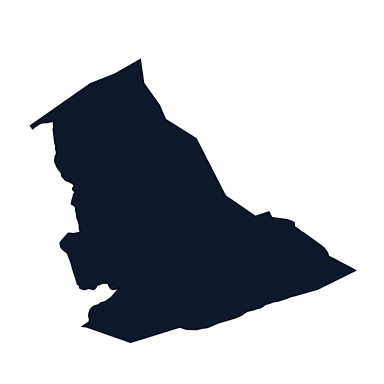 San Pedro Jocotipac, Oaxaca, Mexico, rotated 261°
{"feature_id": "50627088B2588264946725", "entity_name": "San Pedro Jocotipac", "entity_type": "district", "adm_level": 2, "iso_a3": "MEX", "parent_name": "Mexico", "parent_adm1": "Oaxaca", "projection": "mercator", "projection_center": [-97.075, 17.749], "detail": "fine", "context": "isolated", "style": "filled", "palette": "ink", "viewbox_px": 384, "rotation_deg": 261, "n_neighbors": 0, "source": "geoboundaries", "source_scale": "gbopen_adm2", "svg_char_len": 2030}
<svg xmlns="http://www.w3.org/2000/svg" viewBox="0 0 384 384"><g transform="rotate(261 192 192)"><path d="M53.2,107.8L60.6,158.9L57.4,164.8L55.5,174.8L55.9,180.7L55.8,185.7L56.2,187.9L58.0,194.7L58.7,197.6L59.8,206.3L61.0,215.4L62.7,221.6L65.6,227.6L66.2,235.2L67.0,238.9L66.8,240.7L68.1,244.2L69.5,246.7L70.2,252.0L70.8,254.6L70.9,260.2L71.8,266.3L72.8,271.1L73.3,273.4L73.6,277.8L73.7,278.1L73.7,278.4L76.5,301.0L89.0,341.1L107.2,316.8L111.0,316.2L115.6,313.9L120.4,309.5L134.0,295.9L135.8,293.4L138.2,291.5L141.8,287.6L145.7,288.0L147.2,286.1L149.6,281.9L153.9,267.5L154.5,266.6L160.2,264.8L157.9,250.7L183.0,224.3L243.9,204.4L258.1,188.2L267.8,177.1L283.0,173.2L293.5,167.9L307.0,161.2L330.8,161.6L320.5,134.4L314.8,108.7L282.7,42.9L279.4,44.6L280.8,46.6L281.9,49.1L283.1,51.6L283.7,54.0L283.8,56.9L283.2,59.3L283.6,62.8L283.7,65.2L282.7,66.0L281.2,66.0L279.6,65.8L278.1,65.6L275.3,64.7L273.0,64.7L265.4,64.4L261.1,64.3L258.1,64.8L256.8,64.1L255.0,64.2L252.8,64.6L250.5,64.0L249.3,62.9L246.9,62.0L243.5,61.2L241.0,61.8L237.3,62.7L234.3,64.3L231.1,66.0L228.1,65.9L225.8,67.4L223.3,69.0L221.9,71.5L219.1,75.4L217.1,76.7L215.7,76.2L214.4,74.8L213.1,74.6L211.7,75.5L210.9,76.3L209.8,76.5L208.1,74.7L205.2,73.7L202.7,72.3L198.8,71.1L197.6,72.8L196.2,74.5L194.2,74.7L192.0,74.2L189.2,74.6L184.2,74.4L180.8,75.3L177.1,75.6L173.2,75.1L170.0,75.6L169.5,73.6L169.3,68.6L170.6,63.5L164.7,56.2L162.4,53.8L158.3,53.8L155.2,55.5L153.0,57.8L150.9,59.6L147.8,60.1L145.7,60.5L142.1,61.4L130.9,62.7L125.0,63.8L118.9,64.5L117.9,65.9L116.1,66.3L114.6,66.3L112.8,69.4L112.4,71.1L112.8,72.8L113.0,74.6L112.5,76.6L111.4,78.4L111.2,80.1L112.7,82.1L114.6,83.6L115.1,86.0L115.9,89.0L115.7,92.0L115.0,94.5L113.9,95.1L112.5,95.4L110.6,96.1L109.0,97.0L108.1,98.5L108.2,102.2L108.9,106.0L105.8,102.0L100.2,95.6L99.1,92.9L97.3,89.5L97.0,87.2L96.7,84.6L95.1,82.3L95.0,79.9L94.2,76.4L91.9,73.2L89.8,72.2L88.2,71.3L85.8,70.7L84.3,70.7L81.8,71.0L81.0,70.5L79.8,70.3L76.4,63.0L75.4,66.7L53.2,107.8Z" fill="#0f172a" stroke="#020617" stroke-width="1.5"/></g></svg>